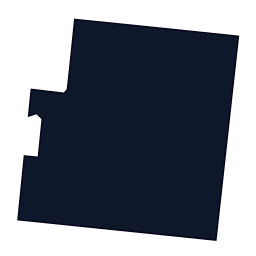 the district of Marquette, Wisconsin, United States of America, rotated 186°
{"feature_id": "52423323B3939200165575", "entity_name": "Marquette", "entity_type": "district", "adm_level": 2, "iso_a3": "USA", "parent_name": "United States of America", "parent_adm1": "Wisconsin", "projection": "equal_earth", "projection_center": [-89.29, 43.813], "detail": "fine", "context": "isolated", "style": "filled", "palette": "ink", "viewbox_px": 256, "rotation_deg": 186, "n_neighbors": 0, "source": "geoboundaries", "source_scale": "gbopen_adm2", "svg_char_len": 366}
<svg xmlns="http://www.w3.org/2000/svg" viewBox="0 0 256 256"><g transform="rotate(186 128 128)"><path d="M227.8,25.3L28.9,25.7L28.1,177.4L27.8,230.7L81.6,230.7L192.3,230.4L192.2,186.4L192.2,177.5L192.3,159.9L195.2,155.8L228.2,156.3L228.1,129.5L220.3,133.0L214.2,128.2L214.1,89.4L228.1,89.4L227.8,25.3Z" fill="#0f172a" stroke="#020617" stroke-width="1.5"/></g></svg>